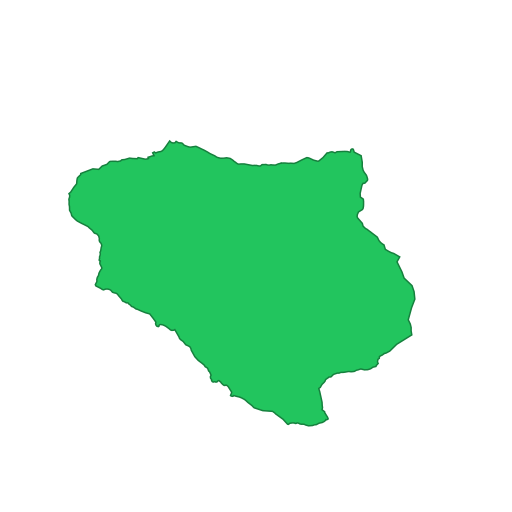 Bucium, Alba, Romania, rotated 52°
{"feature_id": "2599482B42825543751910", "entity_name": "Bucium", "entity_type": "district", "adm_level": 2, "iso_a3": "ROU", "parent_name": "Romania", "parent_adm1": "Alba", "projection": "equal_earth", "projection_center": [23.162, 46.26], "detail": "fine", "context": "isolated", "style": "filled", "palette": "green", "viewbox_px": 512, "rotation_deg": 52, "n_neighbors": 0, "source": "geoboundaries", "source_scale": "gbopen_adm2", "svg_char_len": 6140}
<svg xmlns="http://www.w3.org/2000/svg" viewBox="0 0 512 512"><g transform="rotate(52 256 256)"><path d="M407.9,334.7L408.6,334.2L408.7,333.6L408.6,332.4L410.0,330.0L411.3,328.5L412.1,328.2L412.6,327.5L412.9,326.2L414.3,325.2L415.2,324.9L416.5,323.8L417.1,322.9L417.6,322.5L418.0,321.8L419.8,320.9L422.2,319.1L424.4,315.8L425.0,313.9L426.0,312.4L426.6,309.2L428.0,306.3L428.4,304.0L428.3,302.3L427.9,301.7L428.4,301.4L428.9,299.9L428.7,299.4L427.2,298.9L421.8,298.3L421.0,297.8L417.8,298.6L416.4,296.9L414.6,295.9L411.9,294.0L402.1,289.3L399.0,288.1L399.1,286.2L398.5,284.8L397.8,283.0L397.5,280.2L397.1,278.6L396.2,277.2L396.3,275.8L396.2,275.5L396.3,275.1L396.4,273.8L396.3,273.4L396.3,273.0L397.1,271.9L397.4,271.3L397.4,270.6L397.1,269.1L397.1,267.5L397.6,266.1L397.9,265.3L398.3,264.1L398.7,263.5L399.4,262.7L400.0,260.7L401.4,258.9L402.5,257.0L403.8,254.5L404.4,253.7L405.6,252.5L406.2,251.7L407.4,249.7L407.6,248.9L407.8,247.3L408.6,245.6L409.1,244.1L409.5,243.1L410.1,242.5L412.5,240.6L414.4,237.9L415.4,235.2L415.6,232.3L416.9,229.5L416.3,228.4L415.9,225.9L414.3,225.5L412.5,223.6L412.6,221.9L411.2,220.6L411.5,218.6L411.8,217.4L411.8,215.6L411.9,215.2L411.7,215.0L412.5,213.5L413.3,209.2L412.2,199.4L414.1,181.8L410.4,179.8L407.9,177.8L404.6,176.3L400.0,175.3L392.5,165.2L387.8,157.4L381.4,153.4L375.4,151.3L364.6,152.9L358.4,150.8L347.4,148.5L345.2,143.3L338.8,145.9L336.6,147.4L334.0,148.6L330.4,150.0L326.0,148.3L324.6,148.9L322.1,149.5L319.4,149.6L315.8,148.8L302.9,152.2L302.6,152.5L300.6,153.0L298.2,153.2L295.7,152.1L288.6,152.5L287.1,152.0L285.8,150.7L284.4,148.1L284.9,143.5L284.4,142.3L282.9,140.6L281.6,139.5L279.3,137.7L277.4,136.5L276.8,136.5L273.9,137.5L270.8,135.4L265.5,129.0L264.6,126.9L265.6,125.4L265.1,121.9L264.8,121.3L264.1,120.7L261.9,119.8L260.3,119.3L256.6,119.2L254.3,118.8L250.9,117.2L247.6,114.6L241.7,111.4L234.6,114.7L232.3,113.8L231.5,113.7L230.8,114.3L230.6,115.2L230.8,116.1L232.0,117.4L232.1,118.1L230.0,119.6L228.2,121.7L223.9,127.7L223.6,128.3L223.5,129.7L223.3,130.2L221.1,131.6L220.2,132.7L219.6,134.2L219.3,135.5L218.5,136.5L219.4,141.1L219.7,142.5L219.8,148.3L219.2,149.1L215.9,151.6L211.8,153.7L210.5,154.6L209.7,155.5L208.5,160.7L207.4,166.5L206.5,169.0L204.0,171.8L203.3,173.0L200.4,176.1L198.7,178.4L198.2,178.8L198.4,179.1L197.9,180.0L197.1,181.9L196.3,184.8L194.3,187.1L193.3,188.1L192.5,189.7L191.4,190.9L190.1,191.7L189.5,192.5L188.8,193.6L188.2,194.2L187.7,195.1L187.8,196.8L187.6,197.3L187.3,197.8L186.5,198.6L185.8,199.2L185.0,199.7L184.3,200.7L183.7,201.3L182.6,203.0L176.2,208.6L174.1,211.3L173.0,213.1L172.1,213.7L170.8,214.2L169.6,214.4L168.0,215.0L167.0,215.1L165.5,215.5L163.2,216.3L160.5,218.7L160.0,219.6L159.0,221.3L157.1,223.8L155.0,225.4L154.1,226.0L153.4,226.3L152.6,226.5L151.5,226.9L147.0,229.2L144.5,230.1L140.5,231.8L137.6,233.3L136.9,233.6L134.3,234.9L132.6,235.8L129.9,240.6L128.8,241.7L127.3,242.7L124.5,244.4L122.4,244.6L121.5,244.8L121.1,245.1L120.6,245.6L120.0,246.4L119.3,247.1L118.5,247.6L116.5,248.4L116.9,250.2L115.8,251.9L114.4,252.9L112.2,253.2L114.5,260.6L115.0,262.6L115.4,264.8L115.2,266.3L114.9,267.0L114.2,268.3L113.7,269.3L113.0,271.6L111.4,272.1L111.1,273.9L114.2,274.6L113.1,276.5L112.5,278.4L111.7,280.3L111.8,280.4L112.4,280.4L113.0,280.7L112.6,281.8L111.6,283.6L105.9,288.3L106.2,289.7L103.1,293.3L101.0,295.4L99.2,300.0L98.3,301.4L97.6,302.5L97.7,304.2L96.3,307.1L95.3,307.9L93.7,309.9L91.9,312.3L91.5,313.3L92.0,317.1L90.4,321.8L90.9,326.6L86.9,330.9L83.1,343.3L83.6,343.6L84.0,344.2L84.2,346.5L84.4,348.0L84.6,348.8L86.0,350.4L88.7,352.9L89.1,354.6L89.7,357.2L91.6,362.8L91.7,365.0L93.4,365.4L94.9,366.7L95.4,367.6L96.2,368.6L98.0,369.7L100.2,371.5L102.3,372.6L104.2,374.0L104.8,374.5L105.3,374.8L107.8,375.2L108.6,375.4L110.6,376.3L111.4,376.4L116.2,375.8L118.4,375.3L123.0,373.3L125.0,372.3L129.5,370.2L130.9,370.1L134.6,369.3L137.6,369.3L138.3,369.3L139.3,368.8L139.7,368.4L140.3,368.0L141.0,367.8L142.2,367.7L142.9,367.7L143.5,367.7L144.4,368.1L145.8,368.7L146.0,368.9L147.0,369.8L147.6,370.1L148.4,370.4L149.1,370.4L150.7,370.3L152.5,370.9L153.1,371.4L153.9,372.6L156.3,375.2L157.1,376.7L158.0,377.1L159.0,377.9L159.5,378.5L160.4,379.9L161.6,380.7L162.0,381.4L162.7,382.1L163.0,382.2L163.3,382.2L163.6,381.8L163.9,381.7L164.2,381.8L164.6,382.5L165.2,383.2L166.0,383.8L169.8,384.6L170.4,384.8L170.8,385.1L171.2,385.9L171.3,386.7L171.9,388.3L172.8,390.2L173.4,391.0L174.3,392.0L174.8,393.2L175.1,394.1L176.4,395.8L177.4,396.5L178.1,397.1L178.5,397.7L178.9,398.7L179.7,400.3L181.0,400.6L185.7,398.4L187.8,397.7L188.9,396.9L189.2,395.7L189.6,394.7L190.6,393.4L191.3,392.7L192.7,391.8L193.6,391.5L196.2,391.4L197.9,390.3L198.5,389.7L199.4,389.1L200.5,388.7L203.3,388.7L207.0,388.5L208.6,388.8L209.9,388.7L210.7,388.0L213.0,387.1L214.0,385.8L214.9,385.7L215.9,385.7L217.1,385.2L218.2,385.1L219.0,385.2L220.0,384.6L220.6,384.1L224.1,383.1L224.7,382.4L228.4,380.5L232.7,378.0L236.2,375.4L242.1,375.4L246.5,375.6L247.6,376.9L249.2,377.4L250.4,377.3L251.1,376.8L251.6,376.3L251.5,375.5L251.0,375.2L250.8,374.2L251.3,373.3L252.8,371.9L254.0,371.2L255.9,370.3L259.9,369.2L261.6,368.9L262.8,368.1L263.9,366.4L264.0,365.3L272.3,366.5L273.9,367.0L275.5,366.9L278.5,366.0L282.7,366.0L285.3,364.6L286.9,364.0L288.9,364.3L290.3,365.0L297.7,366.2L302.7,365.8L307.2,364.6L310.1,364.0L312.0,364.2L313.9,363.4L314.7,363.3L315.6,363.5L316.8,363.9L317.3,364.1L318.8,363.9L319.8,364.1L320.7,364.4L321.5,364.5L322.4,365.0L322.9,366.1L323.2,366.4L323.9,366.8L324.5,367.1L326.1,367.1L326.8,367.7L328.0,367.8L328.9,367.4L329.1,367.1L329.6,365.9L330.2,365.6L330.6,365.3L331.1,364.5L331.2,363.7L331.0,362.8L331.0,362.5L331.2,362.1L331.6,361.8L332.7,361.7L333.1,361.5L333.6,361.4L334.4,361.5L335.0,361.5L337.1,361.2L338.3,360.8L338.9,360.2L339.0,359.6L339.5,358.9L340.2,358.6L341.6,358.3L348.3,359.0L348.5,359.2L349.5,360.6L350.1,361.8L350.3,362.0L351.2,361.7L352.2,360.8L352.4,360.2L352.3,359.8L352.3,359.4L354.3,358.0L356.9,355.9L359.0,354.7L361.7,353.5L363.0,353.1L366.6,352.5L370.0,351.6L371.9,351.2L373.4,351.1L374.5,350.9L382.0,345.9L388.6,338.6L391.0,337.9L392.7,337.7L401.3,335.2L407.9,334.7Z" fill="#22c55e" stroke="#15803d" stroke-width="1.5"/></g></svg>